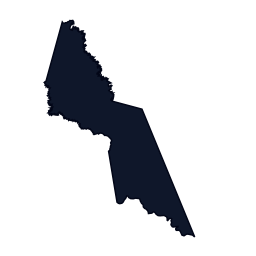 the district of La Chorrera, Amazonas, Colombia, rotated 195°
{"feature_id": "7082276B17181319735962", "entity_name": "La Chorrera", "entity_type": "district", "adm_level": 2, "iso_a3": "COL", "parent_name": "Colombia", "parent_adm1": "Amazonas", "projection": "orthographic", "projection_center": [-72.317, -1.283], "detail": "fine", "context": "isolated", "style": "filled", "palette": "ink", "viewbox_px": 256, "rotation_deg": 195, "n_neighbors": 0, "source": "geoboundaries", "source_scale": "gbopen_adm2", "svg_char_len": 6070}
<svg xmlns="http://www.w3.org/2000/svg" viewBox="0 0 256 256"><g transform="rotate(195 128 128)"><path d="M218.9,213.4L219.3,151.7L219.9,151.5L220.6,150.4L220.0,150.3L220.0,149.7L219.2,149.1L219.1,147.9L218.4,148.2L218.6,147.2L218.1,147.9L217.8,146.9L217.3,147.9L215.9,148.3L215.5,147.9L216.1,147.5L216.2,146.3L213.6,146.5L214.3,144.9L213.7,143.4L214.3,142.3L213.8,141.9L214.1,141.2L213.3,141.0L213.9,140.4L213.0,139.8L214.2,138.4L213.9,138.2L213.3,138.9L213.0,138.4L212.3,138.5L211.9,137.9L212.2,137.0L211.3,137.1L211.9,136.4L210.7,136.3L210.2,135.5L210.7,135.4L210.7,134.6L212.0,133.9L211.2,133.3L211.3,132.9L211.8,132.8L211.7,132.4L210.5,132.1L210.0,131.3L211.4,131.3L210.9,130.6L209.9,130.5L209.9,130.1L210.6,130.0L210.0,129.8L209.5,130.4L208.8,129.9L208.7,130.8L207.9,131.1L208.6,129.8L207.3,130.2L207.1,128.9L206.1,128.8L206.6,128.0L207.6,128.4L207.2,128.0L207.6,128.0L207.6,127.2L208.1,127.1L207.5,126.9L206.3,127.4L206.2,126.7L206.6,126.7L206.7,126.3L206.3,125.4L207.0,125.4L207.3,126.0L207.7,125.5L206.9,125.0L206.9,124.5L207.6,124.3L207.9,125.0L208.5,124.9L208.8,124.3L207.7,123.6L208.1,123.4L208.6,124.0L209.0,123.9L208.5,122.6L209.1,121.9L208.4,121.9L207.9,121.5L207.6,122.0L207.8,120.8L207.2,120.4L207.1,121.1L206.6,121.3L206.8,121.8L205.8,122.0L206.2,120.8L205.2,120.4L204.8,121.9L203.9,121.4L203.4,122.6L202.8,123.0L202.3,122.8L202.5,122.4L202.2,121.8L200.8,121.9L200.7,122.2L201.2,122.4L201.0,122.7L200.3,122.1L199.2,122.2L198.6,122.6L199.5,123.8L199.2,123.9L198.9,125.1L197.9,124.7L197.9,125.6L197.5,125.4L197.6,124.8L196.6,124.9L196.6,125.7L196.3,125.1L196.6,124.6L195.6,124.8L195.9,124.0L194.9,124.2L194.3,123.8L194.8,123.4L194.2,123.0L192.7,122.9L192.8,121.6L191.8,121.7L192.5,121.0L192.1,120.5L190.6,121.3L189.4,120.7L188.0,121.6L187.2,121.5L187.0,121.1L187.6,120.4L187.3,120.0L186.9,120.6L184.6,120.5L184.1,121.5L183.1,120.6L182.6,121.2L182.6,120.6L181.9,121.2L181.3,120.9L181.0,121.3L180.6,120.8L180.3,121.3L179.9,120.9L179.1,121.4L179.0,121.1L178.5,121.1L178.1,120.2L177.7,121.0L176.3,119.6L175.8,119.6L176.3,118.9L175.5,118.7L175.8,118.3L175.2,118.1L175.6,117.3L175.1,116.8L174.6,116.9L174.0,116.1L173.0,115.8L172.8,115.4L172.4,116.0L171.2,115.4L169.6,116.4L168.0,116.2L166.8,117.3L166.0,117.5L165.2,116.8L164.2,117.3L162.4,115.7L161.5,115.6L161.2,115.0L160.7,115.0L160.8,114.5L159.7,114.2L159.9,113.3L159.2,112.9L155.7,115.1L154.9,114.6L153.8,115.9L151.9,116.2L150.9,116.1L148.6,114.8L147.2,115.2L145.1,115.0L141.1,112.6L140.5,111.3L140.9,109.2L139.9,107.4L140.3,105.8L139.9,105.1L140.1,103.7L139.8,102.1L140.7,100.5L119.4,53.5L117.8,52.8L116.4,52.8L114.4,53.8L113.5,55.3L113.0,57.6L112.1,59.3L111.6,62.2L110.6,62.3L109.2,61.0L107.0,60.5L104.4,61.1L102.6,62.2L98.9,62.7L98.0,62.2L97.1,60.6L95.3,58.7L93.6,58.0L92.7,55.7L91.2,54.7L89.3,54.3L87.7,53.2L86.9,52.5L86.1,50.7L82.9,52.0L81.8,53.7L80.1,53.4L78.5,52.0L76.3,51.2L74.4,51.5L70.5,52.9L67.6,52.2L66.5,50.3L66.4,49.2L65.7,48.9L64.6,51.3L63.0,51.9L62.2,51.5L62.4,49.6L61.4,48.1L61.5,46.0L60.9,45.1L59.6,44.1L58.6,44.1L54.3,45.9L54.2,45.3L55.8,43.4L55.5,42.1L54.7,41.7L52.4,42.4L50.9,41.9L48.1,38.5L46.0,38.4L44.1,40.5L42.9,41.0L37.9,41.3L35.4,40.0L119.4,149.8L150.0,149.8L151.9,150.5L152.0,151.0L151.3,150.8L150.7,151.5L151.4,151.8L151.4,152.3L150.1,151.2L149.9,152.5L150.3,153.5L150.0,153.9L150.1,154.8L150.5,155.0L150.2,156.3L151.7,157.1L151.3,157.8L152.7,157.2L152.9,157.8L152.3,157.4L152.1,158.0L153.1,158.2L153.0,159.0L153.6,158.7L153.5,157.0L154.2,158.5L156.2,159.2L155.4,160.7L154.5,161.0L155.6,164.4L154.8,164.2L154.5,164.7L155.0,165.0L157.4,163.2L158.3,164.7L158.2,165.7L156.2,167.1L159.1,167.9L160.1,167.6L160.4,168.5L160.2,169.5L160.7,169.0L161.1,169.3L160.5,170.3L161.5,170.8L161.9,170.8L161.9,170.3L162.4,170.8L163.0,169.2L163.6,169.1L163.7,170.0L165.4,171.3L166.0,170.7L164.7,168.9L166.2,169.0L165.0,167.9L165.5,167.4L166.3,167.6L167.5,171.9L168.1,170.8L169.7,171.6L169.4,170.9L170.2,170.5L170.3,172.4L169.9,172.6L169.4,172.0L169.3,172.6L171.2,173.3L171.6,172.2L172.0,172.2L172.0,172.9L171.2,174.4L170.6,174.4L170.4,175.0L170.0,174.9L170.1,174.1L169.5,174.9L169.0,174.3L169.3,176.1L168.6,176.3L168.5,176.9L168.8,177.6L169.6,177.3L169.3,178.2L170.2,178.2L169.8,178.9L170.8,179.5L170.3,180.1L171.2,180.3L171.3,181.3L172.5,181.3L171.5,180.5L172.2,179.7L173.0,180.0L172.4,179.4L172.9,179.0L172.6,178.4L172.9,178.2L173.5,179.4L173.2,180.4L173.5,181.5L174.2,181.6L173.5,183.8L174.6,184.6L175.4,184.2L175.0,183.6L175.9,183.5L176.1,183.0L176.8,183.6L176.8,184.2L178.0,184.7L177.9,184.0L178.4,183.8L177.8,185.3L178.4,185.1L178.6,184.0L179.8,184.6L178.9,185.5L179.3,186.4L179.9,186.0L179.3,187.2L180.1,186.7L180.3,187.7L181.5,187.9L182.1,187.3L182.0,186.6L181.0,186.0L181.9,185.5L182.7,186.0L182.6,187.6L183.4,188.9L184.4,188.5L183.7,189.4L184.1,189.7L185.0,190.2L185.5,189.4L187.0,189.3L187.0,190.0L188.1,190.0L187.8,190.9L188.7,191.3L189.2,190.9L189.3,189.8L190.2,190.4L190.3,192.5L190.9,192.9L190.4,193.6L192.3,194.4L190.8,195.2L189.8,196.9L190.7,197.5L191.0,196.6L191.4,196.6L192.1,197.1L191.9,197.7L192.3,197.3L192.1,196.4L192.4,196.4L192.9,197.5L193.0,199.4L191.7,201.5L193.1,203.2L193.7,203.4L194.1,202.7L194.7,202.6L193.9,202.0L194.4,201.6L195.0,202.0L195.4,203.2L195.3,203.6L194.5,203.5L193.8,204.0L194.0,204.5L194.8,204.6L194.5,204.9L193.8,204.8L193.9,206.4L193.3,206.6L194.4,206.6L193.8,207.3L194.1,208.1L194.5,208.0L195.2,207.0L195.9,208.1L196.4,207.1L197.3,206.8L197.6,208.2L196.9,208.8L196.5,210.1L198.2,209.6L198.6,208.8L199.3,208.8L198.7,208.1L199.6,208.7L200.2,208.2L200.8,209.1L201.3,208.7L201.8,208.9L202.4,210.2L201.5,210.3L201.2,210.7L202.1,211.7L203.4,211.4L204.1,210.1L204.6,210.0L204.8,211.0L204.4,211.8L204.7,212.1L205.2,211.7L205.3,210.5L206.0,210.7L206.9,212.1L207.2,212.0L206.7,209.1L207.0,208.9L207.6,209.6L207.8,209.1L207.5,208.4L207.0,208.2L207.1,207.9L208.2,207.9L209.6,208.6L210.1,209.4L210.0,212.4L209.1,213.3L210.0,214.4L208.9,215.5L208.0,214.2L207.3,214.6L208.1,216.7L209.2,217.6L210.9,216.8L211.9,216.8L212.3,215.8L213.7,214.9L214.0,214.1L215.7,213.5L216.4,212.7L217.8,212.5L218.9,213.4Z" fill="#0f172a" stroke="#020617" stroke-width="1.5"/></g></svg>